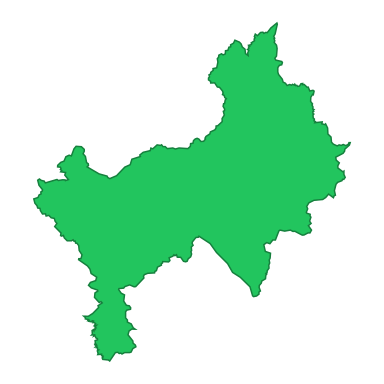 outline of Mueang Tak, Tak, Thailand
{"feature_id": "78962969B62571443706919", "entity_name": "Mueang Tak", "entity_type": "district", "adm_level": 2, "iso_a3": "THA", "parent_name": "Thailand", "parent_adm1": "Tak", "projection": "orthographic", "projection_center": [99.229, 16.887], "detail": "fine", "context": "isolated", "style": "filled", "palette": "green", "viewbox_px": 384, "rotation_deg": 0, "n_neighbors": 0, "source": "geoboundaries", "source_scale": "gbopen_adm2", "svg_char_len": 5884}
<svg xmlns="http://www.w3.org/2000/svg" viewBox="0 0 384 384"><path d="M276.9,23.0L270.9,27.9L267.3,32.6L265.7,32.4L263.9,33.4L262.9,32.2L260.5,32.5L257.4,35.7L255.3,34.1L254.3,36.7L255.1,37.7L254.1,39.1L254.5,40.7L251.2,42.9L251.7,43.8L251.0,44.7L248.6,45.3L249.6,46.4L248.5,47.0L248.8,48.4L247.5,49.5L248.8,50.4L247.7,53.1L248.1,55.5L245.5,53.6L245.0,49.2L242.3,47.0L241.1,43.9L239.4,42.1L234.9,40.2L233.5,43.2L230.6,44.8L230.7,46.8L228.9,47.2L227.9,50.3L225.5,50.7L225.3,53.9L223.1,54.9L221.5,53.8L218.8,55.2L218.6,57.1L217.3,58.7L217.9,62.1L216.7,67.8L213.0,68.6L213.2,70.4L210.8,72.3L210.5,74.1L209.0,74.8L209.5,77.0L208.5,78.0L208.5,79.9L210.6,81.4L210.7,83.0L214.7,82.9L217.4,87.0L219.5,87.3L222.5,91.0L223.1,93.0L222.5,94.6L224.1,95.4L224.8,97.6L226.3,98.6L225.2,100.0L224.6,103.5L223.6,103.7L223.1,106.4L224.6,109.0L224.5,110.6L223.3,111.3L224.3,115.1L222.1,118.5L222.2,121.6L217.8,125.7L216.1,126.0L216.0,128.1L214.8,129.9L210.4,131.9L209.9,133.9L206.0,136.4L205.0,138.2L205.5,139.0L203.6,141.3L200.9,141.5L198.9,139.1L197.1,138.3L195.2,139.0L193.5,140.6L193.0,143.2L190.6,143.6L190.3,146.4L187.9,148.6L179.0,148.0L175.4,149.0L172.8,148.0L167.3,148.6L165.2,146.6L162.9,146.6L161.6,144.8L160.5,145.4L157.1,144.9L152.8,148.8L150.9,148.1L150.3,150.6L143.2,152.3L139.8,155.0L140.4,156.5L131.9,159.2L130.2,164.7L124.8,167.1L116.6,175.7L109.8,178.6L107.8,177.6L107.1,176.1L99.1,173.9L87.1,166.9L88.5,165.4L88.2,163.7L86.6,162.6L85.4,156.4L83.1,153.8L84.3,151.1L84.2,149.3L81.4,146.7L76.1,146.3L74.0,148.8L71.4,155.9L69.1,155.2L65.9,156.7L64.0,161.1L60.7,162.4L57.7,165.3L57.6,166.9L60.4,167.2L61.0,168.6L60.4,169.5L61.7,170.5L60.7,171.8L65.6,172.5L64.8,175.1L68.4,179.6L65.4,180.6L65.1,179.9L62.5,179.8L58.3,180.5L57.0,179.5L45.3,182.9L44.2,181.1L41.3,180.4L39.4,179.0L37.7,180.2L39.0,185.3L42.5,189.7L42.3,191.0L40.8,192.0L41.1,193.9L39.1,194.9L38.0,197.5L33.8,198.9L34.9,203.2L37.0,205.7L37.7,208.0L40.0,208.4L40.4,210.6L42.5,214.0L45.5,213.8L46.1,216.0L48.9,215.4L51.2,217.8L54.3,218.4L55.2,221.4L56.9,223.4L54.7,226.6L61.0,233.0L60.6,235.6L61.7,236.1L63.4,235.4L64.3,237.9L67.2,240.8L71.5,240.8L73.1,239.8L74.0,241.2L75.2,241.1L75.6,243.1L77.0,243.3L78.7,245.6L79.2,250.5L82.0,254.8L81.0,258.6L78.8,258.7L78.6,259.7L87.5,265.9L90.0,269.2L91.1,273.5L96.7,277.2L95.7,280.6L90.4,282.4L88.5,285.3L91.3,287.9L97.6,290.1L97.8,291.1L95.0,292.9L94.5,297.4L99.2,302.5L101.0,301.6L102.2,302.9L98.0,305.7L98.7,307.4L92.8,313.4L88.3,316.3L83.8,316.2L85.4,317.6L85.3,318.9L88.4,319.5L87.8,320.6L89.1,320.5L88.8,321.3L91.4,321.8L92.3,320.7L93.5,321.0L92.9,322.6L94.1,322.5L95.6,323.7L94.3,325.6L96.5,325.3L95.0,326.8L96.0,327.9L95.0,328.3L95.2,329.5L94.1,329.4L93.9,330.8L93.2,329.8L92.1,330.5L92.4,334.3L91.7,335.0L94.4,334.8L93.8,336.0L94.7,335.5L96.1,338.1L97.4,338.6L97.5,339.8L95.1,340.6L95.4,343.7L94.7,344.2L95.2,345.1L96.4,344.5L96.7,345.6L95.8,346.6L96.7,346.3L96.4,347.6L97.4,347.5L97.6,349.5L98.7,349.9L97.3,350.9L98.1,353.4L97.7,354.6L101.6,354.2L101.5,355.2L103.0,356.1L102.3,356.9L102.9,357.2L102.3,358.2L102.8,359.4L108.4,360.0L109.7,361.0L115.4,352.6L117.8,352.3L119.2,353.5L120.8,353.1L122.0,354.0L124.6,352.6L129.6,352.6L131.1,352.1L132.8,348.6L135.9,346.8L135.4,345.1L133.1,343.2L132.8,340.9L128.0,334.8L129.0,331.1L131.7,329.1L135.2,329.2L133.2,327.8L131.2,323.9L127.4,322.1L127.4,320.0L125.6,317.9L125.6,311.7L126.9,310.1L130.5,309.3L130.7,307.8L129.3,305.8L126.4,305.3L123.7,301.1L124.5,294.9L121.2,293.2L118.6,289.5L118.9,288.6L123.7,288.1L124.8,286.6L129.7,284.9L134.1,286.8L135.7,286.6L143.9,278.0L143.5,276.2L144.3,274.7L147.7,273.3L154.6,272.9L154.9,271.4L156.4,270.7L157.5,267.1L161.4,265.2L161.3,263.7L162.5,263.0L162.7,261.6L168.6,261.9L169.9,260.6L169.1,257.8L172.9,256.2L173.9,254.8L174.9,255.7L176.5,254.7L177.3,257.2L180.7,257.3L183.5,261.3L185.6,261.8L187.1,261.3L188.2,258.8L190.7,256.8L191.6,254.0L190.9,251.6L191.6,250.7L191.3,247.0L193.1,245.3L192.1,243.3L192.4,241.9L195.9,237.5L198.4,237.2L198.9,236.2L210.1,243.5L216.5,252.5L227.6,263.6L232.6,272.4L240.3,277.3L250.0,286.8L252.6,295.8L253.6,296.6L256.6,296.0L259.0,294.1L258.9,292.1L260.4,291.0L259.1,287.4L259.3,285.5L261.3,283.1L261.8,281.0L265.5,278.8L265.8,275.2L266.6,274.3L265.9,273.4L267.0,272.9L267.2,270.7L269.0,268.2L268.8,265.0L269.7,263.0L269.2,260.1L270.1,258.1L270.5,253.2L265.3,251.4L263.8,244.7L266.7,242.6L269.9,243.7L272.8,240.0L275.4,240.0L278.9,230.9L280.0,230.1L284.7,231.1L290.4,230.1L292.9,231.4L294.9,231.3L302.2,235.1L304.0,235.0L308.0,232.9L310.0,232.9L311.5,230.1L308.4,225.7L311.1,223.4L309.6,221.1L310.9,217.2L310.0,215.8L310.2,214.3L306.8,213.2L306.3,212.3L307.7,208.8L306.7,206.5L308.9,202.8L314.0,200.3L322.7,199.5L325.7,197.5L328.6,194.1L333.4,197.7L334.1,195.8L335.4,195.2L334.4,190.6L336.0,184.3L337.7,182.3L341.9,180.7L342.6,179.3L343.8,179.4L345.2,177.4L343.9,174.4L343.9,171.1L342.9,171.8L337.9,168.0L337.8,165.8L339.3,162.9L336.2,160.1L335.7,157.2L343.1,153.3L344.6,151.2L344.8,149.2L349.4,145.1L350.2,142.6L349.0,142.6L348.2,144.4L345.8,145.6L343.2,144.5L341.3,145.4L339.1,144.9L337.2,145.9L333.4,144.2L331.5,142.2L331.0,137.0L327.9,134.0L327.6,128.0L325.6,123.9L324.9,124.6L321.8,123.8L322.2,121.9L314.8,122.7L315.4,121.6L314.0,120.8L314.4,119.1L313.2,117.9L313.0,115.0L313.8,114.1L313.0,113.6L312.8,111.7L313.7,111.4L313.2,109.9L313.9,109.5L312.7,108.8L313.0,107.0L312.0,105.0L312.5,103.9L310.6,101.4L310.8,97.2L312.7,94.3L313.3,94.7L314.1,91.1L313.0,90.3L309.8,91.0L308.2,87.1L307.1,87.2L304.2,84.5L302.6,84.7L302.7,83.5L301.0,83.7L299.5,86.1L297.6,86.4L296.8,85.3L295.7,85.6L294.8,84.2L294.3,85.1L292.5,84.3L291.5,85.2L289.7,84.5L287.1,85.5L285.4,83.2L283.1,82.1L282.3,79.2L278.6,74.5L277.8,72.1L277.8,67.6L279.4,65.3L281.7,64.8L282.4,62.6L281.8,61.5L275.8,60.1L274.8,58.3L276.5,56.1L277.1,48.5L276.5,45.2L274.2,42.4L274.8,40.8L274.0,38.6L274.7,38.2L273.7,36.3L275.1,34.0L277.3,24.2L276.9,23.0Z" fill="#22c55e" stroke="#15803d" stroke-width="1.5"/></svg>